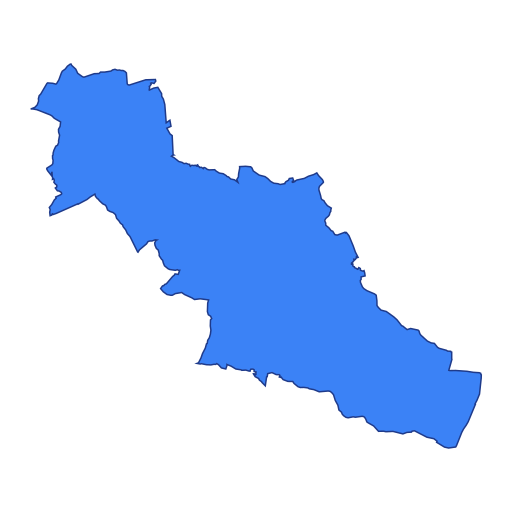 outline of Slivilesti, Gorj, Romania
{"feature_id": "2599482B46387376395238", "entity_name": "Slivilesti", "entity_type": "district", "adm_level": 2, "iso_a3": "ROU", "parent_name": "Romania", "parent_adm1": "Gorj", "projection": "orthographic", "projection_center": [23.089, 44.793], "detail": "fine", "context": "isolated", "style": "filled", "palette": "blue", "viewbox_px": 512, "rotation_deg": 0, "n_neighbors": 0, "source": "geoboundaries", "source_scale": "gbopen_adm2", "svg_char_len": 5986}
<svg xmlns="http://www.w3.org/2000/svg" viewBox="0 0 512 512"><path d="M448.6,448.0L455.7,447.0L456.5,445.6L461.8,432.3L463.6,428.9L466.2,425.2L468.2,421.7L475.4,404.3L475.0,404.0L477.0,400.2L479.5,394.1L481.2,378.1L481.3,374.8L480.8,374.3L480.7,373.3L479.2,372.7L473.2,372.3L467.0,371.3L455.6,370.5L449.9,370.6L448.8,370.3L451.9,359.4L451.7,358.5L451.7,352.1L450.9,351.8L450.7,351.3L447.6,351.1L446.4,350.3L439.1,348.3L437.5,347.3L434.4,343.4L431.1,342.9L427.4,341.1L420.8,335.1L419.8,333.6L419.0,331.0L418.1,330.1L410.6,328.5L407.1,329.6L402.8,326.1L401.6,325.7L397.0,319.8L393.8,316.9L386.3,311.5L381.0,310.1L378.4,307.5L377.0,305.6L376.9,300.7L376.2,295.2L374.5,293.9L367.0,290.7L363.8,288.6L362.4,286.9L360.5,282.5L360.3,280.5L361.1,279.4L361.1,276.9L365.1,275.9L364.7,272.9L364.0,270.6L363.0,271.2L360.5,270.3L360.3,268.5L358.8,267.6L357.9,269.2L357.4,269.3L356.7,268.6L354.5,267.6L354.4,266.8L353.2,266.3L352.8,265.7L352.9,264.4L351.8,264.3L352.2,263.7L351.5,263.4L351.6,262.9L352.6,262.6L352.6,262.1L354.1,260.5L353.8,259.2L354.1,259.2L354.5,259.9L355.2,259.6L356.3,258.1L356.4,257.0L357.3,257.6L358.1,257.4L355.4,252.1L353.2,245.9L349.0,235.8L346.4,232.5L345.4,233.0L345.0,232.2L337.2,235.1L334.8,234.6L332.7,231.2L331.2,230.7L328.8,227.7L325.8,225.3L325.7,223.0L324.8,221.0L324.9,220.1L325.8,218.4L328.4,216.2L329.4,214.8L329.9,212.7L330.8,211.3L330.8,209.9L331.3,208.1L327.4,205.7L325.0,202.7L323.9,200.7L321.9,199.6L321.2,198.5L320.6,195.6L318.9,189.9L318.9,188.0L319.5,186.3L323.4,182.4L323.3,181.4L322.4,179.6L318.5,175.5L316.8,172.9L313.6,174.6L308.5,176.2L304.3,178.4L296.9,180.0L294.8,181.2L294.9,181.5L292.9,182.4L292.4,182.3L292.3,181.5L293.6,180.5L292.7,178.0L289.3,178.5L288.5,180.2L285.9,181.7L284.9,183.0L284.9,183.6L280.1,184.5L278.0,183.7L273.8,183.2L270.6,181.4L267.7,178.5L265.0,176.6L259.2,175.1L253.3,171.0L251.9,167.9L250.7,166.8L245.7,166.3L239.6,166.6L239.7,168.1L238.6,173.8L238.4,177.0L236.8,179.5L237.9,182.3L234.5,179.8L230.7,179.0L228.5,176.9L227.1,176.6L226.2,175.6L223.2,173.7L219.4,173.1L216.3,171.2L214.7,169.7L209.2,169.9L207.3,169.4L205.5,168.0L204.1,167.5L203.5,167.9L203.2,168.6L201.5,167.3L199.7,167.5L199.5,166.9L197.7,166.2L198.0,165.5L197.5,165.3L197.5,164.9L196.5,165.4L196.4,165.9L195.1,165.2L194.0,165.6L192.7,165.3L191.3,165.4L190.4,166.3L189.8,165.6L189.6,164.3L188.2,164.2L186.2,163.3L184.0,163.6L182.1,162.4L178.8,161.5L173.9,157.6L171.4,156.2L172.7,155.2L173.8,155.0L173.1,154.6L172.2,135.6L170.0,133.9L166.8,128.2L171.0,126.3L169.9,120.2L166.2,122.8L164.8,104.5L163.4,99.2L161.7,96.3L161.6,93.6L157.8,87.3L153.7,88.1L149.3,90.1L149.2,89.8L149.6,87.6L149.3,86.4L149.9,86.1L151.2,84.2L150.7,83.2L151.7,82.8L154.0,83.5L155.8,81.1L155.4,79.5L145.7,79.8L129.1,85.1L127.6,84.5L127.2,83.7L126.4,72.9L124.9,71.4L123.0,70.5L121.1,70.5L119.5,70.0L117.4,70.2L115.0,69.3L112.6,69.9L110.9,71.1L104.5,72.1L100.5,72.1L99.1,73.5L94.2,73.7L83.9,77.2L82.3,76.6L77.7,73.3L75.8,69.2L71.7,65.4L71.0,64.0L70.1,64.2L67.4,66.2L65.3,69.0L62.3,71.2L61.4,72.9L58.8,80.0L56.6,83.6L55.8,84.1L52.8,83.3L47.6,82.9L46.9,83.5L40.7,94.1L39.2,95.6L38.4,98.6L38.6,101.1L37.2,104.9L34.8,107.4L30.7,109.0L33.1,109.0L36.9,109.7L50.2,114.9L51.9,115.9L54.4,118.4L60.6,121.9L60.1,126.4L58.5,129.3L58.6,132.1L59.6,135.2L58.5,141.1L58.7,142.4L57.5,145.3L56.2,145.8L55.4,147.0L53.9,150.3L53.1,153.1L53.1,154.8L52.5,155.7L52.6,158.6L53.1,160.2L52.8,163.7L51.8,165.0L46.9,168.1L46.7,168.9L47.6,170.7L51.3,175.4L51.8,172.4L52.0,172.4L52.3,176.8L52.7,177.8L52.5,179.3L53.6,178.8L53.9,179.1L54.3,180.5L53.9,182.3L55.4,184.1L56.8,185.2L56.8,186.9L55.3,188.0L57.4,190.8L59.0,191.0L61.3,192.4L61.7,193.8L60.9,194.6L55.7,197.0L56.1,198.3L54.4,199.8L51.7,204.6L49.3,207.5L50.2,209.6L49.7,212.2L50.1,215.7L51.7,215.1L52.0,214.2L52.6,213.8L53.1,214.5L56.3,213.4L77.9,203.8L78.1,204.2L87.0,199.5L90.3,196.9L94.9,194.1L95.5,196.4L97.4,198.7L98.1,199.0L99.4,200.7L102.7,203.8L105.5,205.2L106.5,206.9L107.6,210.0L109.8,211.4L113.2,212.6L115.5,214.6L116.6,218.3L119.1,221.1L120.4,223.2L122.6,224.9L123.1,226.6L125.7,229.9L127.4,233.6L130.0,236.5L137.6,251.9L138.0,252.2L139.5,249.8L146.5,243.9L148.0,241.6L149.7,241.0L152.0,241.0L155.2,239.8L156.8,240.0L155.9,240.5L154.7,242.9L155.0,245.3L156.4,248.5L158.2,250.0L159.2,253.6L159.2,255.7L161.6,259.4L162.6,260.2L163.3,262.9L164.5,265.8L168.0,268.7L169.7,269.5L175.4,270.3L177.4,269.7L178.6,270.4L179.7,270.3L178.2,274.4L175.0,273.9L174.2,275.3L172.7,276.4L166.4,283.8L164.6,284.5L163.7,285.7L162.5,285.9L160.6,288.6L163.3,291.8L167.0,294.5L171.0,295.3L172.4,295.2L175.3,293.6L181.7,292.5L184.5,294.5L191.8,297.8L194.5,299.5L200.2,298.8L208.6,299.9L207.7,303.1L207.4,311.6L208.3,314.7L210.6,316.2L211.7,318.6L210.5,319.9L210.3,326.0L210.9,330.1L210.4,334.1L209.3,337.8L207.7,340.3L207.2,343.5L206.5,343.8L205.3,348.1L202.5,353.6L201.0,357.9L198.5,362.8L197.0,363.4L200.2,364.0L201.4,363.7L206.4,364.7L210.9,364.9L214.0,364.3L215.8,364.4L216.7,363.6L218.5,364.7L221.4,367.9L225.8,369.0L227.1,365.1L227.0,364.5L231.2,366.2L235.8,369.0L241.0,369.8L241.8,370.3L245.8,370.1L249.2,371.1L250.2,371.0L250.1,370.5L250.8,369.2L252.9,369.1L254.1,369.7L254.1,371.4L256.1,372.0L255.8,372.8L256.0,374.3L255.2,375.0L254.1,373.6L253.4,373.8L255.2,376.7L258.6,378.5L259.4,380.1L261.7,381.8L261.9,382.4L265.3,385.8L266.6,376.9L267.2,376.7L267.7,373.6L272.0,372.6L276.2,374.6L279.2,374.7L279.9,375.3L279.3,377.0L280.7,377.4L281.0,377.0L283.1,379.6L287.9,381.4L292.8,381.5L294.0,383.4L298.0,386.7L300.3,387.5L303.8,387.4L307.8,387.9L309.3,388.8L313.8,389.6L319.2,391.8L328.2,391.0L330.2,391.4L331.7,392.6L333.5,394.7L335.3,400.5L337.9,405.2L338.9,410.0L341.5,412.2L342.2,414.1L343.6,415.7L345.9,417.3L348.1,417.8L353.2,416.8L355.4,417.2L362.1,416.3L363.6,416.6L364.6,417.3L365.8,419.2L366.8,421.8L367.4,422.4L373.6,425.9L378.5,431.3L383.5,431.2L385.9,431.7L393.0,431.4L402.9,433.9L406.9,432.4L411.5,432.1L412.0,431.2L414.5,430.8L426.9,437.2L433.9,438.7L437.1,441.2L436.6,442.3L444.5,447.1L448.6,448.0Z" fill="#3b82f6" stroke="#1e3a8a" stroke-width="1.5"/></svg>